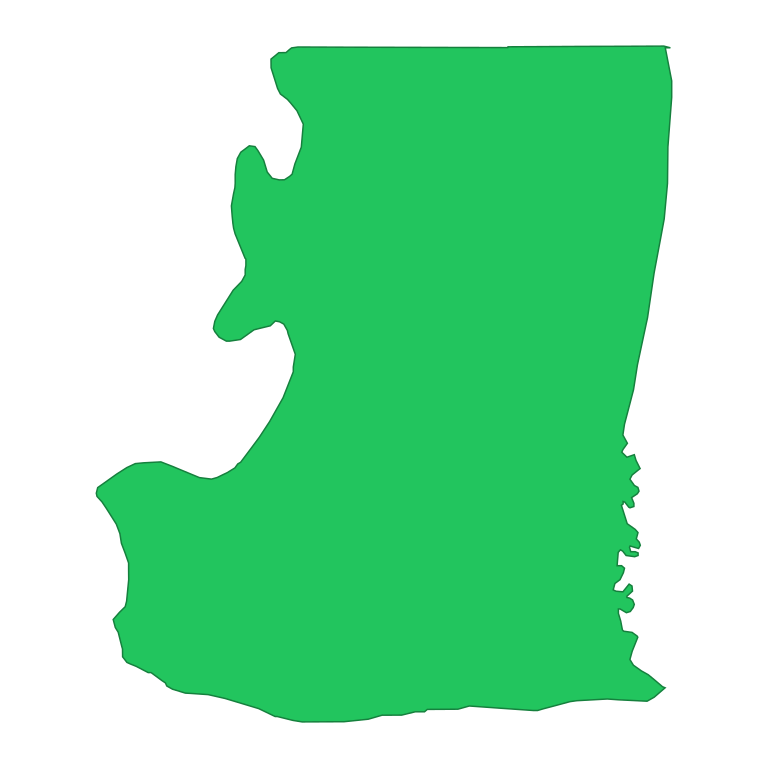 Lower Badibu, North Bank, Gambia
{"feature_id": "56634734B14945153011857", "entity_name": "Lower Badibu", "entity_type": "district", "adm_level": 2, "iso_a3": "GMB", "parent_name": "Gambia", "parent_adm1": "North Bank", "projection": "robinson", "projection_center": [-16.054, 13.517], "detail": "fine", "context": "isolated", "style": "filled", "palette": "green", "viewbox_px": 768, "rotation_deg": 0, "n_neighbors": 0, "source": "geoboundaries", "source_scale": "gbopen_adm2", "svg_char_len": 3392}
<svg xmlns="http://www.w3.org/2000/svg" viewBox="0 0 768 768"><path d="M670.4,47.8L663.9,46.1L620.0,46.3L584.1,46.4L508.0,46.8L507.8,47.6L473.5,47.5L468.3,47.5L347.4,47.2L298.0,47.0L291.6,47.9L289.5,49.5L286.0,52.6L278.8,52.7L271.0,59.1L271.1,67.8L277.6,88.5L280.4,94.0L287.6,99.5L288.4,100.5L290.4,102.7L295.8,109.3L296.9,110.6L303.3,124.1L302.0,139.2L301.5,144.9L301.3,147.2L294.9,163.9L292.1,174.2L289.3,176.6L284.9,179.5L284.3,179.8L279.3,179.9L272.2,178.3L267.2,172.0L263.6,160.1L257.9,150.6L255.0,146.6L249.3,145.8L245.1,149.0L240.8,152.2L237.3,158.6L235.9,166.6L235.2,174.5L235.2,183.3L234.9,187.6L233.5,194.0L231.4,205.9L232.2,216.3L232.9,223.4L233.6,228.2L235.1,233.8L245.1,258.3L245.9,259.1L245.9,262.3L245.9,265.5L245.2,269.5L245.2,275.0L241.7,281.4L233.2,290.2L217.6,314.9L214.8,321.3L213.4,328.5L214.8,331.6L219.1,337.2L226.3,341.1L229.8,341.1L240.5,339.5L254.0,329.8L260.4,328.2L270.3,325.8L275.3,321.0L279.6,321.8L283.8,324.1L287.4,330.5L288.1,333.7L295.3,354.3L294.1,362.0L293.3,367.0L293.3,370.8L293.3,371.8L283.1,397.7L276.1,410.1L269.6,421.6L259.7,436.7L259.0,437.7L252.6,446.3L248.5,451.8L240.6,462.3L237.8,463.9L234.9,467.9L233.3,468.9L227.1,472.7L226.3,473.1L223.1,474.6L217.2,477.5L211.5,479.1L199.4,477.6L177.0,468.3L173.0,466.6L160.9,461.9L143.8,462.8L135.3,463.6L126.8,467.6L116.8,474.0L97.7,487.6L96.3,493.2L97.0,496.4L102.0,501.9L106.3,508.3L116.3,524.1L119.9,533.6L121.4,543.2L122.4,545.9L125.0,552.7L128.6,563.0L128.6,569.4L128.7,579.7L126.6,601.2L125.2,606.7L119.5,612.3L113.2,619.5L115.3,627.5L118.2,632.2L121.8,646.5L122.5,648.9L122.6,656.8L126.9,662.4L130.4,664.0L136.1,666.3L148.2,672.6L151.1,672.6L161.8,680.5L165.4,682.9L166.8,686.0L172.5,689.2L185.3,693.1L190.6,693.4L208.1,694.6L225.2,698.5L258.7,708.6L275.1,716.5L277.2,716.5L292.9,720.4L302.1,721.9L344.1,721.7L368.3,719.2L382.4,715.1L382.5,715.2L401.7,715.1L415.2,711.8L424.5,711.8L427.3,709.4L457.9,709.2L469.3,706.0L507.4,708.7L533.3,710.5L537.6,710.5L543.3,708.8L555.4,705.6L568.7,702.0L570.3,701.6L576.7,700.7L607.3,699.0L618.6,699.8L647.1,701.2L654.2,697.2L665.1,687.8L662.5,686.7L655.1,680.4L648.2,674.7L641.4,670.9L633.4,665.2L629.9,659.5L632.2,651.2L637.8,637.2L637.5,636.7L637.3,636.2L632.1,632.4L623.6,631.2L622.4,629.9L620.7,621.0L618.4,613.4L618.4,609.0L620.1,609.0L626.4,612.7L630.3,611.5L633.2,607.6L634.3,604.4L632.6,600.0L629.7,598.1L626.9,597.5L626.9,596.2L632.5,591.1L632.0,586.0L629.1,584.1L622.9,591.8L616.0,591.2L613.2,589.9L614.9,583.5L619.7,579.9L620.0,579.7L623.4,572.7L624.5,568.2L621.6,565.7L618.8,565.7L617.1,565.7L618.2,552.4L620.4,549.8L622.7,551.1L626.1,555.5L634.7,556.7L638.1,555.5L638.1,552.9L635.2,551.7L630.7,551.7L629.5,547.2L630.1,546.0L634.1,547.2L638.6,548.5L640.3,545.3L639.5,542.9L639.2,542.1L636.3,538.9L638.0,532.6L635.2,529.4L627.2,523.7L621.4,505.3L623.1,504.0L623.1,501.5L624.8,502.1L628.8,507.2L630.0,507.8L633.9,506.5L633.9,503.3L631.6,497.6L637.3,493.8L639.0,491.2L638.6,489.7L637.9,487.4L634.4,485.5L629.9,479.2L632.1,475.0L638.4,469.9L640.1,468.6L636.0,460.4L634.3,454.7L626.9,457.2L621.8,452.2L622.9,449.6L627.4,443.3L622.9,435.0L624.5,424.2L630.4,401.7L632.0,395.5L633.5,389.8L634.8,381.6L637.4,365.0L645.9,325.2L646.1,324.2L647.5,317.9L654.1,273.0L654.9,268.7L660.6,238.4L664.2,218.9L667.5,183.3L667.9,147.0L668.1,144.4L671.7,97.4L671.7,91.4L671.7,80.9L665.4,48.4L665.3,47.8L670.4,47.8Z" fill="#22c55e" stroke="#15803d" stroke-width="1.5"/></svg>